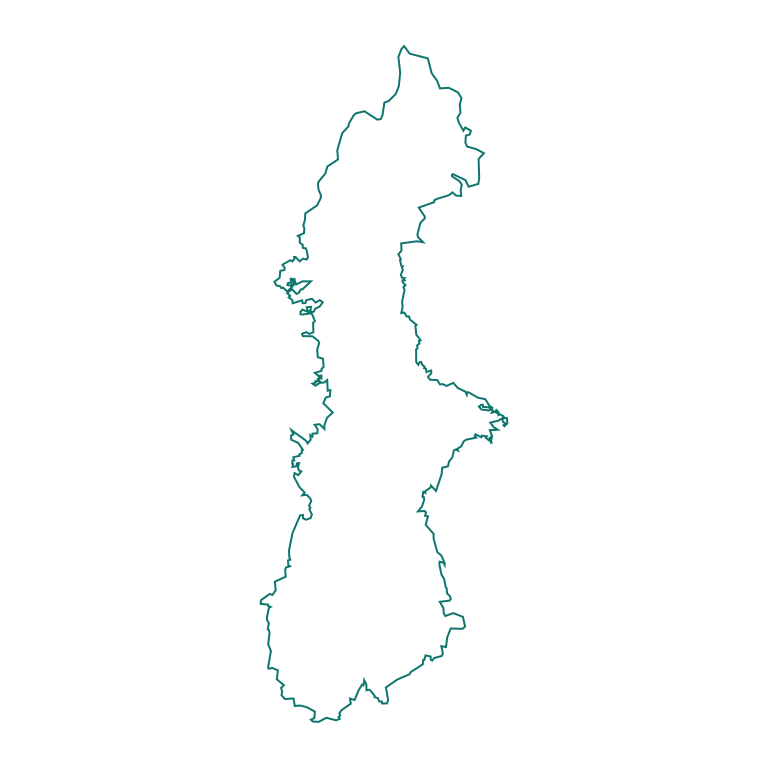 the district of Zagra, Bistrita-Nasaud, Romania
{"feature_id": "2599482B99708604172426", "entity_name": "Zagra", "entity_type": "district", "adm_level": 2, "iso_a3": "ROU", "parent_name": "Romania", "parent_adm1": "Bistrita-Nasaud", "projection": "mercator", "projection_center": [24.263, 47.416], "detail": "fine", "context": "isolated", "style": "outline", "palette": "teal", "viewbox_px": 768, "rotation_deg": 0, "n_neighbors": 0, "source": "geoboundaries", "source_scale": "gbopen_adm2", "svg_char_len": 6101}
<svg xmlns="http://www.w3.org/2000/svg" viewBox="0 0 768 768"><path d="M350.8,703.7L350.0,698.6L354.6,700.0L358.6,690.3L362.1,684.6L363.5,685.3L364.2,680.1L366.3,684.1L366.5,690.3L369.6,689.7L374.5,695.5L374.5,697.0L378.0,698.3L379.3,701.5L381.9,701.6L382.0,703.5L387.0,703.4L388.1,699.8L385.9,687.4L397.5,679.4L409.5,674.3L410.8,672.0L422.8,664.3L423.2,659.9L424.4,659.8L425.5,655.4L430.6,656.5L430.7,659.6L432.2,660.6L434.2,658.0L441.7,656.0L442.9,653.9L441.4,646.2L446.0,647.0L447.2,637.5L450.7,628.5L462.7,628.8L465.1,626.4L462.9,616.9L453.4,613.1L445.3,616.0L443.7,613.0L443.4,608.1L439.8,601.8L449.6,600.6L450.8,598.9L450.0,596.2L447.1,593.4L446.6,588.0L445.6,586.9L444.2,579.0L441.6,574.9L439.4,564.9L439.6,561.7L443.5,562.7L444.6,564.9L444.7,563.2L441.3,555.5L437.3,552.1L433.6,538.6L433.6,533.9L425.7,524.8L428.0,516.3L425.1,515.8L426.0,512.4L424.6,511.0L418.0,511.4L422.0,506.4L424.2,499.9L423.8,497.0L422.5,496.8L423.3,491.8L425.3,492.9L425.0,491.3L430.6,487.5L430.9,485.5L436.0,490.9L441.6,474.3L442.3,467.7L448.0,466.3L449.0,461.6L452.4,457.2L453.8,450.6L455.5,449.5L458.0,450.6L457.2,448.8L461.2,446.4L463.6,441.5L466.1,439.7L476.2,437.6L474.7,435.7L475.5,434.3L481.3,437.3L481.9,435.6L486.8,436.3L485.7,437.7L489.0,440.4L489.7,437.9L491.6,436.7L490.8,441.0L491.1,442.8L491.6,442.7L491.0,441.0L492.1,436.2L489.8,430.2L497.8,429.7L493.5,427.0L490.3,422.6L498.3,420.7L502.4,418.2L502.9,421.8L505.6,423.5L503.5,425.2L504.4,426.2L507.3,423.5L507.0,418.1L504.2,418.2L503.6,416.3L500.0,414.4L498.5,415.0L498.6,412.3L496.3,410.0L495.3,411.4L497.8,413.7L495.2,411.8L491.8,412.7L492.9,410.6L490.5,409.2L489.2,410.4L481.6,409.6L478.9,406.7L481.6,404.5L483.0,405.2L483.0,406.9L489.0,407.4L491.9,409.3L492.3,407.6L489.4,405.8L485.3,399.2L477.7,397.6L468.6,392.3L467.2,392.3L466.8,394.7L465.3,391.6L457.6,387.9L453.4,382.9L446.5,385.9L442.8,384.1L439.9,384.4L437.2,380.0L430.3,379.8L428.3,377.7L428.1,376.6L431.2,373.5L431.2,370.5L426.4,372.0L426.0,368.7L424.1,368.2L424.6,366.7L422.1,364.6L421.2,361.9L419.5,362.3L418.3,364.8L416.2,361.9L416.1,349.4L417.4,348.5L417.2,345.3L419.5,343.4L418.9,340.9L420.6,340.2L416.3,334.7L415.4,325.8L416.6,324.9L410.0,319.6L409.0,316.4L406.6,316.5L404.3,312.5L401.3,313.1L402.6,307.0L402.1,301.6L404.5,289.9L403.4,287.2L405.5,285.1L402.6,282.3L402.6,280.5L404.6,280.3L403.7,279.1L404.6,278.1L402.1,277.7L400.8,274.8L402.8,270.0L402.1,268.1L402.8,266.3L401.5,266.2L400.0,260.2L400.9,259.5L398.4,254.2L401.5,250.7L401.2,243.4L416.7,241.3L423.1,242.2L418.0,237.2L417.4,234.4L420.4,222.8L424.8,218.4L424.8,216.6L418.8,207.6L434.1,202.2L434.3,200.3L436.7,199.0L448.8,195.2L452.5,192.4L455.9,195.5L461.2,196.0L460.7,189.6L461.8,184.8L459.4,181.1L452.2,176.5L451.9,174.9L452.9,174.1L465.4,180.1L468.7,186.7L478.3,183.9L479.2,178.1L478.6,159.0L483.9,153.2L476.2,149.1L467.2,146.6L465.4,142.7L465.9,135.7L469.7,134.5L470.9,130.7L465.2,127.5L463.4,130.7L458.9,122.8L457.4,118.0L460.5,112.7L459.8,104.9L461.4,98.0L458.0,92.4L448.8,87.8L440.0,88.4L437.1,80.7L431.7,73.3L427.8,58.4L409.7,53.7L404.1,46.1L401.3,49.3L398.4,57.1L400.2,72.8L398.8,86.3L395.7,94.0L388.5,101.2L384.4,102.5L382.5,115.2L380.7,119.1L377.3,119.6L364.5,111.3L356.3,113.2L353.7,115.3L348.8,123.7L348.6,126.1L342.1,133.4L337.3,150.2L338.0,159.4L327.3,166.6L325.4,173.5L318.7,181.5L317.9,184.2L318.6,189.9L320.8,194.8L320.9,197.8L317.1,205.4L305.3,213.4L304.9,220.2L303.3,225.4L304.4,228.5L304.0,233.1L297.9,235.9L299.7,237.4L299.8,242.6L302.7,244.9L302.8,247.8L305.8,248.3L306.7,250.7L308.0,257.2L306.7,259.5L303.0,258.7L299.7,261.4L295.6,257.0L294.0,257.1L294.5,258.6L292.5,261.4L290.5,260.2L283.1,264.3L282.5,264.8L284.8,267.9L284.3,270.1L280.3,270.8L279.6,277.8L274.4,281.8L276.5,285.6L280.0,286.1L281.4,288.2L282.9,287.5L287.4,291.5L293.2,285.6L291.7,283.8L290.7,285.7L287.5,285.1L287.8,283.2L292.6,281.6L292.7,280.3L290.7,279.9L290.8,278.7L294.6,279.2L293.8,284.3L295.4,282.3L296.1,284.5L302.5,281.3L311.0,281.3L302.5,289.3L300.8,289.4L298.8,292.8L296.5,293.9L292.0,289.2L287.1,293.1L290.2,295.9L288.7,297.4L292.2,299.9L292.7,303.3L302.1,300.3L302.6,303.2L305.4,303.1L306.3,300.2L312.0,298.8L315.6,302.5L319.8,300.2L322.7,302.2L319.9,306.4L315.2,308.7L314.0,311.5L312.0,312.1L310.4,310.8L311.0,306.8L306.7,307.3L307.5,310.5L309.7,311.2L309.4,312.5L302.4,309.6L300.5,311.8L300.4,314.1L302.3,314.6L311.6,313.2L314.9,321.0L313.1,322.9L313.4,332.3L309.2,333.9L306.3,332.1L302.0,333.8L302.9,336.1L312.5,336.3L318.3,340.9L319.2,343.0L317.2,349.6L317.8,357.2L323.0,358.8L323.6,366.9L321.6,368.8L321.5,370.9L314.9,372.8L318.1,375.7L321.5,375.7L321.4,378.4L318.9,377.0L319.2,379.0L317.9,379.2L319.8,381.3L315.4,381.1L315.5,382.7L312.5,383.6L315.4,385.7L319.9,382.8L324.2,382.5L327.2,380.0L327.7,390.7L330.3,390.1L329.9,396.4L325.8,397.5L323.3,403.3L332.8,412.5L327.0,417.8L324.3,425.6L324.4,429.0L319.6,424.2L314.7,424.8L317.7,429.4L317.3,433.3L312.6,433.7L312.4,436.6L310.3,435.1L310.7,439.6L307.6,443.4L305.8,440.5L291.4,430.1L293.4,434.4L291.0,435.6L291.2,439.7L298.2,442.9L302.9,449.8L301.9,450.0L301.8,453.0L299.4,454.3L299.6,455.8L293.3,457.3L294.2,460.4L292.6,460.3L292.2,463.5L293.2,464.1L292.4,466.9L296.1,466.4L297.2,463.1L299.1,463.1L298.0,466.9L298.8,470.3L301.3,471.4L298.2,475.1L294.6,473.1L293.9,476.7L299.5,487.2L304.7,492.6L302.3,495.3L306.7,494.9L310.1,498.2L311.3,501.0L309.0,505.8L310.4,507.7L309.3,509.2L311.9,514.4L310.7,518.0L306.2,519.7L303.1,518.4L302.9,515.0L300.1,515.4L292.5,533.1L289.0,550.5L289.3,557.4L290.3,559.6L288.1,560.4L288.2,564.9L290.0,566.3L286.1,567.4L285.2,569.4L285.7,576.7L274.8,581.7L275.7,590.3L272.4,594.9L269.7,593.9L261.0,600.2L260.7,603.9L268.1,604.6L268.2,606.0L270.6,606.9L268.9,607.9L267.0,617.2L267.0,620.3L268.9,623.0L267.7,629.2L269.0,630.2L269.5,633.0L268.2,644.2L270.9,651.1L268.1,667.3L268.6,668.7L272.3,668.0L277.9,670.3L276.8,679.3L283.9,685.2L281.1,687.9L282.1,691.6L281.5,695.2L284.9,699.0L293.5,698.5L294.8,706.0L300.1,705.5L306.8,707.2L314.9,711.6L314.3,718.1L310.9,719.7L313.0,721.5L318.5,721.9L326.4,717.8L336.2,720.3L339.7,718.9L338.6,717.0L340.1,715.5L339.4,713.2L341.6,710.1L350.8,703.7Z" fill="none" stroke="#0f766e" stroke-width="2"/></svg>